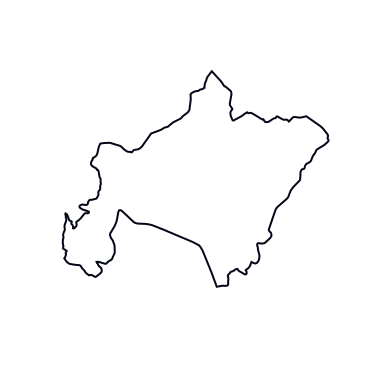 SVG path tracing the border of Potosí, rotated 228°
{"feature_id": "BOL-1939", "entity_name": "Potosí", "entity_type": "Department", "adm_level": 1, "iso_a3": "BOL", "parent_name": "Bolivia", "parent_adm1": "", "projection": "robinson", "projection_center": [-66.321, -20.376], "detail": "fine", "context": "isolated", "style": "outline", "palette": "ink", "viewbox_px": 384, "rotation_deg": 228, "n_neighbors": 0, "source": "natural_earth", "source_scale": "10m", "svg_char_len": 5896}
<svg xmlns="http://www.w3.org/2000/svg" viewBox="0 0 384 384"><g transform="rotate(228 192 192)"><path d="M104.1,174.3L104.5,174.2L105.0,173.7L105.2,173.1L105.6,171.2L105.6,170.1L106.6,167.5L106.7,166.7L106.7,166.4L106.5,166.1L106.3,165.3L106.2,163.7L106.2,163.3L105.8,162.5L105.3,162.2L103.8,161.5L103.0,160.8L101.5,159.1L99.2,157.1L98.8,156.4L98.9,155.4L99.6,154.3L101.6,152.3L102.4,151.3L105.0,147.0L118.8,152.5L140.9,160.5L145.3,161.5L147.8,161.5L154.3,159.1L184.0,145.2L194.0,140.2L195.9,139.0L199.4,136.1L205.1,130.3L207.2,129.1L208.3,128.6L218.4,127.8L224.3,127.3L225.8,127.0L226.3,126.7L226.8,126.3L227.0,125.9L227.1,125.3L226.2,123.5L222.6,119.0L220.2,115.5L218.4,111.6L216.1,104.0L215.9,103.4L215.3,102.7L214.6,102.1L212.1,101.0L209.1,100.7L204.8,99.0L203.4,98.1L199.3,94.6L198.8,94.1L198.5,93.7L198.1,93.1L196.4,89.0L195.8,88.0L195.7,87.7L195.7,87.0L195.7,86.4L196.2,83.9L196.3,83.2L196.3,82.3L196.2,80.5L196.3,80.1L196.4,79.8L197.0,79.3L198.0,78.7L199.2,77.8L201.4,76.7L202.8,75.7L203.9,74.3L202.8,73.9L201.7,74.0L201.3,73.9L200.3,73.4L199.8,73.3L198.5,73.3L197.2,73.6L196.6,73.6L196.0,73.5L194.4,72.7L193.9,72.3L193.5,71.8L193.2,71.3L193.0,70.6L192.9,69.3L193.2,64.2L193.6,63.3L196.9,62.1L197.5,61.8L198.0,61.4L198.5,60.9L198.9,59.8L202.2,59.1L203.3,59.0L204.1,59.2L206.0,59.4L208.9,59.3L211.3,59.8L211.9,59.8L212.3,59.7L212.9,59.4L216.7,55.9L220.6,52.9L221.2,52.7L222.5,52.4L224.4,52.2L226.1,52.4L227.2,52.7L228.2,52.7L228.4,53.7L229.0,55.1L229.7,56.3L230.3,56.9L230.8,57.0L231.3,57.4L231.6,57.9L231.9,59.3L232.4,59.4L235.6,58.5L236.6,58.5L237.5,60.0L240.4,61.7L243.4,64.6L243.7,65.6L244.6,66.3L246.3,67.5L247.4,69.0L248.0,70.0L248.6,71.6L249.3,72.4L250.1,73.1L250.9,73.5L252.6,75.1L254.7,79.1L256.2,80.8L256.5,80.9L257.2,81.0L257.5,81.1L257.8,81.3L258.2,81.9L259.9,82.9L260.3,83.0L260.5,83.2L260.7,83.7L259.1,84.1L258.3,84.0L257.2,83.5L253.6,82.1L253.2,81.9L252.4,82.0L251.1,82.7L250.8,82.8L250.5,82.8L250.2,82.6L250.0,82.4L249.7,81.6L249.5,81.4L249.3,81.2L249.0,81.1L248.7,81.0L247.3,81.1L246.9,81.0L246.4,80.7L246.2,80.6L245.6,80.5L245.4,80.4L245.3,80.2L245.1,79.7L244.8,79.4L244.6,79.5L244.3,79.6L244.0,79.8L243.9,80.0L243.8,80.5L244.0,82.5L244.1,83.0L244.1,83.3L244.3,83.6L244.7,84.2L245.1,84.6L245.4,84.8L246.4,85.3L246.9,85.7L247.1,86.1L247.1,86.7L246.8,89.4L246.9,91.7L247.9,97.7L247.9,97.9L247.7,98.4L247.3,98.9L246.2,100.0L245.8,100.5L245.7,100.8L245.6,101.1L245.6,101.5L245.8,101.8L246.1,102.0L246.4,102.1L246.9,102.0L252.1,99.1L253.1,98.7L255.2,98.2L255.5,98.2L256.3,98.4L256.5,98.6L256.7,98.9L256.8,99.2L256.9,99.8L256.8,100.4L256.6,101.0L256.1,101.9L255.8,102.4L255.5,102.7L254.7,103.2L253.0,104.9L252.8,105.4L252.8,105.9L252.9,106.4L253.0,106.8L253.9,107.7L254.1,108.2L254.3,108.9L254.4,109.6L254.6,110.5L254.4,111.1L253.8,111.7L253.4,112.1L251.4,115.8L251.1,116.5L251.1,116.8L252.0,119.5L252.8,120.9L254.3,122.0L254.7,122.4L254.9,122.8L255.1,123.5L255.3,125.0L255.6,125.7L256.3,126.4L257.6,127.4L258.7,129.2L259.2,129.8L261.6,131.6L262.3,132.3L263.1,132.9L265.2,133.4L266.0,133.9L266.8,134.5L269.7,136.3L270.9,136.8L271.8,136.4L272.2,136.2L272.4,136.3L272.6,136.6L273.7,136.6L277.5,135.3L278.9,135.2L280.2,135.5L281.0,136.3L281.8,137.4L282.3,138.6L282.5,139.8L283.0,140.1L283.5,140.9L283.5,141.4L283.4,141.9L283.2,142.8L283.0,144.0L283.1,145.0L283.3,146.1L283.8,147.1L287.9,153.0L288.9,155.2L289.3,156.3L287.2,159.5L283.5,163.9L274.4,169.4L273.6,169.7L268.6,170.1L267.6,170.4L266.1,170.7L265.0,171.2L264.0,172.0L263.2,172.9L263.0,173.0L262.8,173.2L262.3,173.3L262.0,173.5L261.9,173.8L261.8,175.0L261.9,175.3L262.1,176.3L261.9,177.2L260.1,180.1L259.8,180.6L259.3,182.4L259.3,182.9L259.3,184.9L259.5,186.1L262.8,200.8L259.1,210.2L258.9,211.1L258.3,214.3L258.0,215.2L256.7,217.5L256.4,224.5L254.3,232.2L254.2,233.4L254.2,234.1L254.5,235.6L254.0,241.4L254.1,242.8L254.1,243.1L254.9,245.2L261.7,253.1L265.6,256.3L265.7,258.1L265.6,258.6L265.5,259.3L264.7,261.6L264.0,262.9L263.4,263.7L263.2,263.8L263.0,264.2L262.9,264.7L262.7,266.3L262.6,266.8L261.9,267.7L261.6,268.6L261.1,271.1L261.6,271.4L262.0,271.7L262.2,272.0L262.8,272.8L263.3,273.3L263.6,273.7L264.4,275.0L265.6,277.6L266.2,278.5L266.7,279.1L267.2,280.7L268.5,287.3L268.5,287.5L254.9,287.6L252.4,287.3L249.1,286.8L248.6,286.9L248.2,287.3L247.8,287.5L241.2,288.3L239.7,287.8L238.3,286.8L232.2,279.0L231.1,278.3L226.7,277.5L226.5,277.2L225.9,274.5L224.4,272.8L222.3,271.6L218.3,270.2L217.4,270.5L215.2,279.6L214.7,284.8L214.5,285.6L214.2,286.3L213.9,286.2L213.3,286.3L212.9,286.6L212.5,287.0L212.2,287.6L212.0,288.1L210.8,289.1L204.5,291.1L198.9,292.7L198.7,293.0L198.5,293.7L198.2,293.8L197.4,293.5L196.5,293.4L196.0,293.2L195.4,293.2L194.8,293.5L193.7,294.5L193.1,295.6L192.7,296.9L192.2,301.0L191.8,302.3L191.2,303.1L191.1,303.5L191.4,305.2L191.3,305.7L190.8,306.1L185.4,307.9L184.1,308.7L183.2,309.8L182.7,310.5L182.1,311.0L181.4,311.2L180.3,311.1L179.5,311.1L179.9,316.3L179.8,317.5L179.3,318.3L175.6,321.4L174.2,323.2L171.8,327.6L156.7,331.1L154.9,331.5L151.6,331.8L144.2,331.3L142.6,330.7L142.3,330.3L141.2,328.6L139.1,328.2L138.6,327.4L138.4,326.0L138.4,321.7L140.0,313.4L139.9,312.4L138.5,309.3L138.0,306.5L137.6,305.3L135.8,301.7L135.5,300.5L135.4,299.4L136.3,296.0L136.2,294.9L135.8,293.6L134.4,291.5L134.3,290.9L134.4,290.4L135.0,289.4L135.2,288.9L135.0,287.7L134.4,286.4L133.6,285.2L132.6,284.5L130.3,282.1L129.1,280.9L128.7,280.3L128.5,279.5L127.9,270.4L126.9,266.1L123.9,260.2L123.5,258.3L123.7,244.8L123.0,242.4L113.0,224.4L112.2,223.5L111.2,223.3L109.1,223.4L108.5,223.3L106.3,221.8L105.5,219.5L105.4,212.3L105.8,211.0L106.5,209.9L109.8,206.8L109.8,205.8L108.4,204.5L107.1,204.0L104.9,202.4L99.9,199.8L98.9,198.9L97.8,197.7L96.8,196.2L96.1,194.5L95.9,192.8L96.4,191.4L97.5,190.4L100.2,189.4L98.3,185.7L97.8,183.8L97.8,181.7L98.1,180.1L97.9,179.5L96.3,179.2L94.9,178.1L94.7,177.1L95.5,176.1L101.4,174.2L102.9,174.0L103.6,174.1L104.1,174.3Z" fill="none" stroke="#020617" stroke-width="2"/></g></svg>